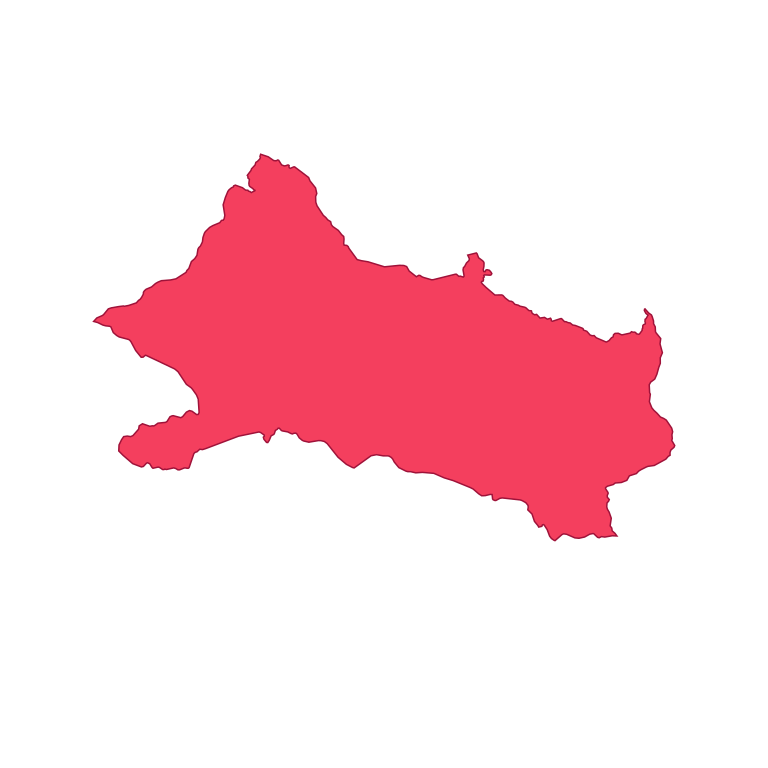 Manatuto, Manatuto, East Timor, rotated 295°
{"feature_id": "22284137B59851217666313", "entity_name": "Manatuto", "entity_type": "district", "adm_level": 2, "iso_a3": "TLS", "parent_name": "East Timor", "parent_adm1": "Manatuto", "projection": "robinson", "projection_center": [126.03, -8.608], "detail": "fine", "context": "isolated", "style": "filled", "palette": "rose", "viewbox_px": 768, "rotation_deg": 295, "n_neighbors": 0, "source": "geoboundaries", "source_scale": "gbopen_adm2", "svg_char_len": 6167}
<svg xmlns="http://www.w3.org/2000/svg" viewBox="0 0 768 768"><g transform="rotate(295 384 384)"><path d="M562.4,588.8L561.9,588.5L560.6,588.9L558.6,591.6L558.0,594.2L554.0,593.9L553.0,593.3L550.7,594.2L549.7,595.2L548.8,595.3L547.4,594.1L546.3,593.9L543.7,594.9L542.9,594.7L541.8,595.3L537.3,594.4L536.7,593.9L536.2,591.5L537.0,590.4L536.9,589.1L536.2,587.9L536.0,586.2L534.1,585.5L529.3,579.2L529.0,578.5L529.0,574.9L527.5,572.0L525.7,571.2L523.5,571.7L522.0,570.6L518.6,569.7L516.2,568.0L515.9,567.2L515.6,556.8L516.7,554.0L515.7,552.2L515.5,550.1L517.5,545.5L517.2,542.0L518.3,541.0L518.4,540.0L517.9,532.7L517.2,530.0L518.0,527.0L517.4,524.8L517.4,522.7L516.8,521.2L518.3,517.3L517.8,516.3L512.0,510.1L512.1,508.9L513.4,508.1L514.0,507.1L511.8,504.7L512.2,501.3L509.7,497.5L511.6,492.9L510.4,491.3L510.5,489.5L511.0,488.0L512.6,486.7L511.8,484.2L513.1,480.2L513.0,478.8L512.0,474.3L512.2,472.5L511.5,468.9L512.7,466.2L512.8,464.6L512.1,462.5L512.6,460.0L513.2,457.5L514.5,454.4L514.5,453.1L511.5,446.9L514.7,435.5L516.3,430.8L517.3,429.2L518.3,429.3L519.3,430.4L520.6,430.1L522.1,429.1L523.4,429.6L524.6,428.5L525.4,429.1L527.5,434.3L528.3,435.0L529.6,435.1L530.5,433.9L531.6,431.5L531.2,429.3L530.6,428.3L528.5,428.1L528.1,426.8L529.6,425.6L532.7,424.9L536.0,423.5L536.9,422.5L537.4,421.2L538.4,416.4L541.4,413.3L541.8,412.3L536.2,405.4L533.6,408.4L532.7,408.7L531.7,408.8L528.5,407.6L524.3,407.4L523.2,406.8L520.8,407.4L516.1,410.7L515.1,411.0L514.4,410.6L514.0,407.5L513.2,406.3L514.1,403.3L513.7,402.3L499.4,384.6L498.6,383.2L497.3,375.0L497.2,373.2L497.6,370.8L497.2,369.6L494.9,368.0L497.0,359.1L500.0,354.9L499.8,351.9L498.1,347.9L490.4,334.9L488.0,317.8L486.2,311.4L485.4,307.1L492.2,294.8L493.4,293.5L493.9,291.7L493.0,289.2L494.3,288.1L498.5,286.5L500.7,285.1L501.4,282.6L503.9,277.7L505.1,270.9L506.2,268.9L508.6,267.0L509.0,263.6L510.3,260.9L511.2,257.7L517.2,248.0L519.9,245.4L525.0,242.8L528.2,242.6L532.8,239.1L536.8,231.1L539.3,228.4L543.0,211.3L542.6,210.4L539.9,208.0L539.9,206.9L540.7,206.0L541.8,205.8L542.1,205.0L541.8,204.2L540.4,202.8L539.5,201.4L539.3,198.6L542.2,194.1L542.2,193.1L540.7,191.9L539.9,189.7L541.0,183.1L540.1,175.1L537.8,175.4L536.9,176.3L535.4,176.3L532.2,175.2L530.7,174.2L528.0,174.6L523.0,173.0L521.3,173.2L515.3,171.9L514.7,172.9L513.2,173.6L512.6,175.5L508.8,176.7L506.9,177.9L506.3,178.9L505.6,182.9L505.1,183.5L505.0,185.2L504.6,185.3L501.4,182.8L501.8,181.1L501.5,179.7L502.1,178.7L501.2,176.7L502.1,172.8L501.4,165.2L500.0,164.0L499.0,164.2L497.3,162.8L494.6,161.5L492.6,161.1L486.0,161.4L478.4,162.5L469.5,168.5L466.1,169.3L464.4,169.0L463.9,167.9L463.3,167.5L460.8,167.0L455.2,161.9L452.2,159.8L446.6,157.7L444.7,157.5L440.3,158.0L436.0,159.4L431.4,159.3L429.3,158.5L427.5,158.4L421.6,160.1L417.6,159.5L413.6,157.7L406.2,158.3L403.6,157.4L401.5,157.4L391.4,151.0L388.1,146.6L383.5,138.5L380.7,136.0L378.4,134.4L373.7,132.3L369.4,128.4L367.4,127.5L365.5,127.2L363.7,127.9L360.2,127.7L357.7,127.2L356.1,126.2L352.9,125.3L347.3,119.4L344.7,115.8L344.6,114.9L342.1,110.9L337.7,104.6L335.6,102.4L328.3,100.5L326.9,99.7L322.5,95.8L318.0,94.4L318.7,98.6L318.6,104.4L319.1,107.2L320.4,111.0L320.3,112.4L316.2,116.9L315.0,121.2L314.7,124.1L316.4,133.5L316.3,134.9L315.4,136.8L309.4,144.8L305.6,152.6L306.5,154.3L309.2,155.6L309.4,156.6L309.2,187.8L308.1,192.1L300.2,205.0L299.1,210.8L298.3,212.6L294.9,218.6L291.8,222.0L280.0,228.5L277.9,228.5L277.1,227.1L278.2,221.5L277.7,218.9L275.0,216.8L269.3,215.3L267.6,214.1L266.2,206.3L265.4,205.2L263.9,203.9L258.3,203.2L256.9,202.2L253.0,195.7L249.4,193.7L248.6,192.9L248.2,191.7L246.7,189.6L245.9,181.9L242.6,179.8L239.4,180.7L231.2,178.3L229.3,176.7L228.3,173.3L226.3,170.3L222.7,169.7L216.8,169.6L211.2,171.9L209.1,177.6L205.6,189.9L206.3,199.2L207.6,200.8L211.9,202.2L212.7,203.0L212.7,205.4L210.4,208.9L210.0,210.2L213.3,214.5L213.5,215.9L212.9,219.4L213.4,220.7L214.2,221.3L214.6,223.0L219.1,228.9L219.4,231.0L219.1,233.5L219.8,235.0L223.2,238.2L223.9,239.1L224.5,241.4L225.1,242.4L225.9,242.7L240.7,241.1L242.4,241.8L243.4,243.1L247.0,244.6L247.9,247.3L250.1,249.7L275.2,274.2L287.7,291.0L287.9,292.7L287.1,297.0L286.1,297.6L284.8,297.1L283.2,298.5L281.4,302.2L281.8,303.4L284.4,303.8L289.3,303.6L291.7,305.4L292.6,305.6L296.0,305.2L298.0,306.5L299.2,306.7L299.7,307.8L298.5,310.6L298.5,311.6L299.9,317.0L299.8,320.9L300.1,322.2L301.3,323.2L302.2,324.9L301.8,326.4L299.4,329.9L298.4,333.7L298.4,335.3L299.5,340.5L305.0,348.5L306.0,350.8L306.7,354.2L306.0,357.7L298.2,373.3L295.3,383.8L295.0,390.7L295.3,392.4L313.5,402.6L316.8,407.1L318.5,413.5L320.5,417.9L320.8,419.1L320.5,421.7L319.6,423.7L317.6,426.3L314.5,432.8L314.3,440.6L314.6,442.5L315.8,445.2L316.9,450.3L320.1,456.1L324.1,466.9L324.4,478.3L325.7,487.5L326.6,505.9L326.5,509.1L324.5,516.2L324.0,519.8L325.6,522.9L328.8,526.9L329.5,528.7L325.7,531.0L325.2,531.9L325.3,533.9L325.8,534.7L329.4,537.4L330.7,539.3L336.5,556.4L336.7,558.5L336.4,562.6L334.8,565.9L333.2,566.8L330.7,567.5L328.7,573.1L323.0,578.5L320.8,583.2L319.7,584.7L321.7,587.2L323.3,587.1L324.0,588.0L323.8,588.9L321.0,593.4L316.1,598.4L314.7,601.1L314.2,604.3L314.3,605.2L322.7,608.9L324.1,610.1L325.0,613.1L325.2,622.0L326.6,625.9L330.1,630.5L334.8,633.9L336.7,636.5L337.0,637.3L335.3,642.4L335.6,644.0L337.6,645.6L338.6,648.8L342.9,655.0L344.7,659.3L346.3,656.4L347.3,652.9L349.7,651.3L351.0,648.9L358.4,646.7L363.1,642.1L365.0,639.3L366.8,637.8L370.4,636.4L372.9,637.1L374.5,637.0L375.8,634.2L377.5,633.4L379.5,633.4L380.4,632.8L382.7,629.1L383.7,628.6L385.7,629.6L389.8,634.3L392.0,635.4L395.0,640.7L399.3,644.8L404.5,645.2L409.5,650.6L412.6,651.6L414.8,653.0L419.5,656.7L420.9,658.0L424.4,663.4L435.0,671.2L438.6,672.2L440.3,673.4L442.7,672.2L445.3,671.9L449.2,673.6L451.1,673.5L454.5,668.6L456.2,668.4L459.7,666.4L462.7,665.8L465.6,663.4L470.6,655.1L471.0,652.0L470.9,648.5L472.9,643.8L474.2,639.7L475.6,636.8L480.1,632.0L487.3,629.7L488.4,628.4L495.4,624.7L498.4,624.9L502.9,627.3L508.1,627.2L515.3,626.0L519.5,625.7L524.5,623.3L530.0,623.1L537.0,617.2L542.1,615.6L545.5,608.7L546.2,607.9L550.4,605.7L552.5,602.9L555.1,601.6L558.4,598.6L559.6,597.2L560.2,593.9L562.4,588.8Z" fill="#f43f5e" stroke="#9f1239" stroke-width="1.5"/></g></svg>